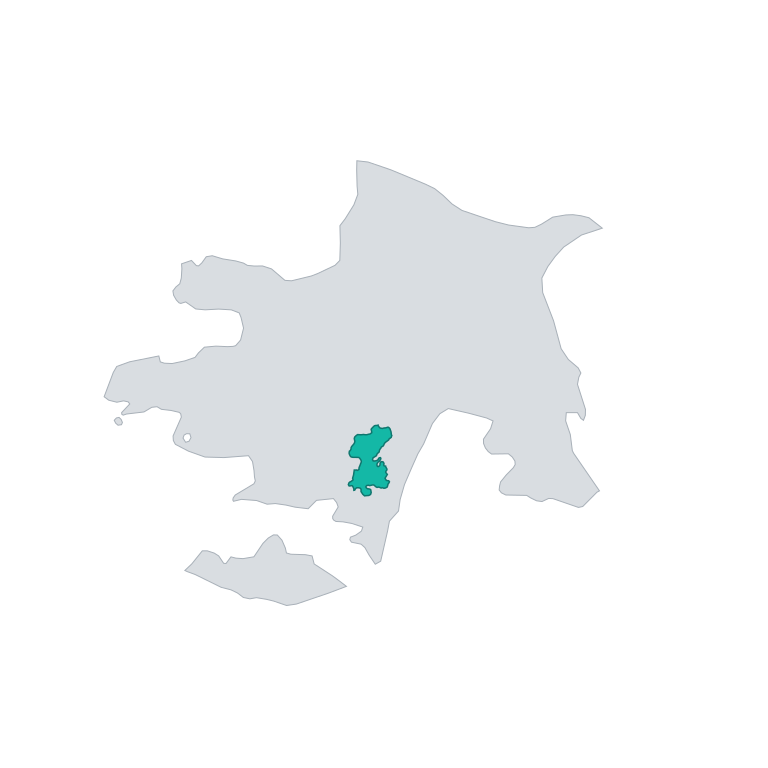 Khojavend District, Xocavənd, Azerbaijan (highlighted), rotated 328°
{"feature_id": "54616110B38461317640181", "entity_name": "Khojavend District", "entity_type": "district", "adm_level": 2, "iso_a3": "AZE", "parent_name": "Azerbaijan", "parent_adm1": "Xocavənd", "projection": "natural_earth1", "projection_center": [47.013, 39.65], "detail": "fine", "context": "in_parent", "style": "filled", "palette": "teal", "viewbox_px": 768, "rotation_deg": 328, "n_neighbors": 0, "source": "geoboundaries", "source_scale": "gbopen_adm2", "svg_char_len": 5900}
<svg xmlns="http://www.w3.org/2000/svg" viewBox="0 0 768 768"><g transform="rotate(328 384 384)"><path d="M510.1,588.8L507.3,588.6L487.6,593.2L483.5,591.7L466.5,570.7L463.0,568.3L455.7,567.4L451.5,563.9L448.0,558.3L446.0,554.1L428.5,542.7L425.9,538.5L425.5,534.9L428.1,531.6L431.0,528.8L439.5,525.9L449.4,523.5L452.6,521.8L454.2,518.7L454.1,513.9L452.5,509.1L438.1,500.4L436.6,496.6L436.1,492.0L436.9,487.2L439.1,483.5L450.7,478.4L456.9,473.1L453.0,467.2L440.4,453.7L425.5,438.9L415.6,438.8L404.1,443.2L385.9,455.8L375.7,461.2L362.5,470.1L348.1,480.1L336.4,490.6L329.0,499.4L315.9,503.2L309.2,510.5L287.3,532.5L281.1,532.2L280.7,521.3L281.1,512.6L279.7,507.7L272.6,500.9L272.5,497.9L274.4,496.1L279.9,497.2L286.9,496.8L290.2,494.1L282.7,485.1L276.1,479.1L270.4,475.1L269.2,472.7L269.2,471.0L270.4,468.9L280.0,464.0L281.0,459.4L280.4,454.4L265.1,446.9L253.6,449.6L243.3,441.3L236.8,434.8L228.5,427.8L221.2,424.0L214.2,415.3L202.0,406.3L194.2,403.7L194.3,402.3L195.7,400.7L199.0,399.3L220.8,399.7L223.5,398.0L224.9,394.2L227.9,388.5L231.4,380.1L231.1,373.0L209.3,361.6L193.5,351.1L182.5,337.2L175.1,324.6L175.4,320.3L177.6,316.3L194.6,304.7L195.8,301.6L195.4,299.6L189.4,293.6L181.8,287.5L179.5,283.0L174.7,280.7L165.6,280.5L149.7,273.0L146.3,272.2L145.6,270.7L146.4,269.2L157.8,266.2L157.6,263.6L154.2,260.3L147.8,257.9L142.0,251.9L139.9,246.5L160.6,230.7L166.7,227.5L180.1,230.4L207.9,240.9L206.0,246.7L208.8,250.0L215.2,254.4L227.5,258.9L237.9,261.3L243.1,259.3L251.2,257.6L261.5,262.8L271.1,269.4L275.9,272.1L278.5,272.9L285.7,270.7L294.5,262.2L298.0,251.9L298.9,247.0L293.8,240.2L283.4,232.8L271.6,226.3L264.1,220.6L259.3,209.3L254.4,208.0L253.2,206.6L252.4,202.7L252.6,197.3L254.3,193.2L259.1,191.4L263.9,190.8L268.2,186.8L273.7,179.1L276.0,174.8L286.2,177.2L287.6,184.2L289.4,185.6L293.6,184.8L300.7,181.9L306.3,184.2L313.5,192.4L323.5,201.1L328.9,207.0L331.0,211.0L336.2,215.0L343.6,219.6L349.6,226.8L354.9,243.6L360.3,247.5L379.6,253.9L386.4,255.2L405.4,257.4L412.0,255.8L421.7,241.3L430.5,226.4L438.7,223.3L453.4,216.1L462.3,209.3L466.0,202.0L474.2,188.1L479.3,180.3L488.1,187.3L503.3,206.0L525.1,236.6L530.5,245.2L534.0,255.2L537.1,267.4L542.1,278.1L564.3,305.2L573.9,315.2L589.5,328.2L595.0,331.1L602.2,331.9L615.5,331.9L627.8,337.0L633.9,340.5L640.2,345.7L645.9,351.6L651.7,367.5L630.4,362.3L609.0,363.1L596.9,366.5L585.2,371.2L574.0,377.8L567.0,390.6L561.3,420.2L552.9,448.0L553.3,460.8L557.2,473.2L556.8,479.0L552.8,481.5L547.9,486.8L541.4,512.3L538.1,517.3L533.9,520.5L532.7,517.5L532.9,510.8L523.4,504.9L518.5,511.5L515.2,525.6L508.4,540.3L508.1,543.2L510.1,588.8ZM191.9,327.2L192.9,323.3L190.2,321.5L187.4,321.4L184.9,323.4L184.9,328.3L188.3,329.2L191.9,327.2ZM120.9,442.9L117.7,438.8L116.3,436.6L125.7,434.7L141.5,429.2L145.8,431.9L150.4,437.4L152.7,442.2L153.0,451.1L154.9,452.5L162.6,449.5L166.0,453.1L171.9,457.4L182.1,461.6L196.9,455.0L204.2,453.3L210.3,453.4L213.5,455.5L214.7,462.4L213.4,470.9L211.7,475.6L214.8,479.0L226.9,487.1L231.9,491.7L229.4,499.6L238.4,518.9L241.4,526.4L244.9,535.7L226.4,532.0L193.1,524.2L184.0,520.2L175.3,509.5L170.2,504.3L162.6,497.6L156.4,495.1L151.6,490.5L149.0,483.6L145.1,477.4L138.2,470.2L122.9,445.5L120.9,442.9ZM141.8,278.0L139.8,279.4L136.6,278.0L135.7,275.0L136.0,271.8L139.1,271.0L141.6,271.9L142.3,274.8L141.8,278.0Z" fill="#d9dde1" stroke="#a8b0b8" stroke-width="1"/><path d="M357.2,415.7L356.1,415.5L355.3,414.9L354.0,414.4L353.4,414.4L351.1,414.9L349.4,415.4L348.9,415.9L348.5,417.4L347.8,418.8L345.7,419.0L344.2,418.4L342.5,417.9L341.1,417.0L339.8,415.9L337.8,415.0L337.3,414.7L334.8,412.9L333.1,413.0L331.2,413.4L330.0,414.3L329.3,415.9L329.0,417.1L327.6,418.4L326.8,418.8L325.3,419.3L323.4,419.9L322.3,420.6L321.6,421.7L320.1,422.6L319.1,422.6L318.7,423.0L318.2,423.6L317.6,424.5L317.4,425.4L317.3,426.2L317.2,427.7L317.6,428.6L318.9,429.8L320.0,430.5L321.0,431.1L323.1,432.5L323.8,433.1L324.1,434.2L324.1,435.2L324.1,436.5L323.9,437.4L323.1,438.4L321.9,439.2L321.2,439.8L320.1,440.6L318.8,441.5L318.2,442.1L317.5,443.2L316.3,443.2L315.5,443.1L315.1,442.3L314.0,441.8L313.2,441.2L309.9,445.1L307.4,447.3L307.4,447.6L307.1,448.5L306.7,449.0L305.5,449.1L304.4,449.2L303.2,449.0L302.0,449.2L301.2,449.8L300.4,450.5L300.4,451.1L300.4,452.0L301.1,452.4L301.6,452.6L302.4,452.9L303.2,453.5L303.2,454.3L303.1,455.6L302.9,456.8L302.1,458.2L302.9,458.5L304.3,457.7L305.8,457.5L307.7,458.7L308.5,459.5L308.8,461.1L307.5,463.1L307.6,466.4L307.9,467.3L308.2,468.5L310.2,469.5L312.1,470.5L313.0,470.5L314.0,470.6L315.6,469.3L316.2,467.9L316.7,466.6L316.3,465.6L315.3,464.7L314.5,464.1L314.0,462.9L314.0,461.6L315.4,460.9L317.2,461.6L318.0,462.6L319.5,463.1L320.7,463.5L321.5,463.9L322.2,465.0L322.4,466.4L323.3,468.0L324.9,468.6L326.0,470.0L326.4,470.7L327.6,471.0L328.7,472.4L330.2,473.0L332.0,473.1L333.1,472.3L334.2,471.1L335.7,470.5L336.8,469.8L336.7,468.5L335.3,467.5L334.9,466.9L334.9,464.5L336.4,463.7L337.5,463.2L337.8,463.0L338.9,462.5L338.6,459.9L339.3,459.0L340.6,458.6L341.4,457.8L341.5,456.5L341.5,455.4L341.9,454.5L341.1,453.9L340.7,453.4L340.8,452.5L341.5,451.9L341.9,451.3L342.0,450.4L342.0,449.7L341.0,448.6L339.6,448.5L338.4,449.4L338.2,449.9L337.4,450.7L336.2,451.1L335.7,451.1L334.8,450.5L334.8,449.9L335.1,448.8L336.2,447.7L337.7,447.1L339.7,446.9L340.6,446.4L341.5,445.9L341.9,445.4L342.0,444.6L340.9,444.1L339.8,444.3L339.2,445.0L337.8,445.1L336.6,444.9L335.4,444.4L334.1,443.5L334.2,442.0L335.6,440.8L339.6,440.8L340.7,439.8L342.4,439.3L343.8,439.1L344.6,438.3L345.5,437.4L347.2,436.8L348.2,436.1L348.8,436.0L350.0,436.2L351.2,435.8L352.1,435.1L353.5,434.4L354.5,434.2L356.0,434.1L357.4,434.0L358.3,433.9L359.2,433.3L361.8,433.1L362.8,432.2L363.3,431.9L363.3,431.4L363.6,430.5L364.2,429.2L364.7,428.0L365.0,426.5L365.3,425.2L365.2,424.1L364.8,423.1L364.5,422.7L363.3,422.4L361.9,422.0L360.7,421.3L359.2,420.9L357.4,419.4L357.0,417.7L357.0,416.3L357.2,415.7Z" fill="#14b8a6" stroke="#0f766e" stroke-width="1.5"/></g></svg>